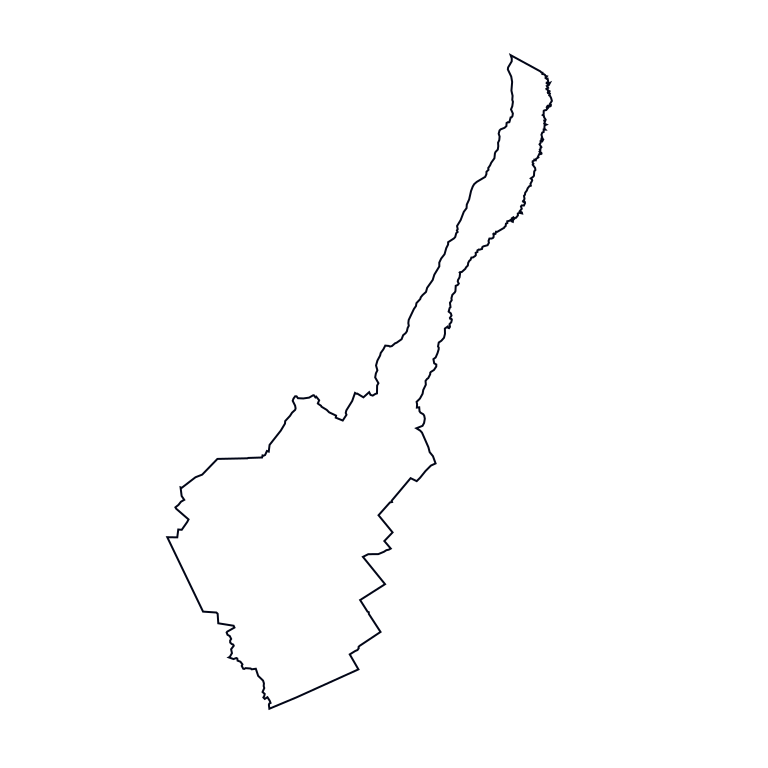 Movilita, Vrancea, Romania (Albers equal-area conic projection), rotated 71°
{"feature_id": "2599482B70514991370639", "entity_name": "Movilita", "entity_type": "district", "adm_level": 2, "iso_a3": "ROU", "parent_name": "Romania", "parent_adm1": "Vrancea", "projection": "albers", "projection_center": [27.063, 45.987], "detail": "fine", "context": "isolated", "style": "outline", "palette": "ink", "viewbox_px": 768, "rotation_deg": 71, "n_neighbors": 0, "source": "geoboundaries", "source_scale": "gbopen_adm2", "svg_char_len": 6165}
<svg xmlns="http://www.w3.org/2000/svg" viewBox="0 0 768 768"><g transform="rotate(71 384 384)"><path d="M541.8,431.2L532.6,434.8L527.1,424.2L506.3,431.9L497.9,416.9L498.2,414.8L497.0,414.8L496.4,414.0L481.7,389.5L486.5,384.7L484.4,380.4L479.8,373.1L476.4,366.2L475.9,361.1L468.2,361.2L463.3,363.0L458.3,362.6L442.3,363.9L439.8,365.0L436.4,367.8L436.1,361.2L433.9,358.8L430.1,356.7L427.0,356.3L425.4,356.7L423.0,358.8L421.4,359.3L417.5,358.3L417.0,360.6L413.9,359.3L411.5,359.0L409.5,354.8L405.8,350.7L402.4,348.8L398.3,344.7L394.6,343.7L393.2,341.6L392.9,340.3L389.9,337.2L388.4,336.6L387.9,335.9L387.0,332.2L384.5,328.9L382.6,328.2L380.8,329.8L376.6,329.2L375.7,326.5L372.3,323.4L369.0,321.0L367.4,320.4L366.1,320.7L362.6,318.7L361.8,315.7L359.8,312.2L356.4,310.0L351.4,308.4L350.4,305.1L351.9,305.0L352.4,304.3L351.4,303.0L348.8,302.6L347.5,300.3L345.3,298.9L344.5,299.0L343.8,300.2L343.0,300.2L341.3,297.9L339.0,297.8L336.6,299.3L333.5,297.2L333.0,296.1L328.7,295.2L326.8,292.7L324.8,292.3L321.9,290.3L320.4,287.2L319.4,286.2L314.5,284.2L314.4,282.2L313.4,280.6L311.1,280.9L309.8,280.2L307.7,277.8L304.1,276.0L303.2,276.2L303.0,275.7L303.4,274.0L301.5,269.5L300.5,268.6L299.3,266.2L296.8,264.9L295.3,263.2L294.8,261.8L292.9,260.2L293.3,258.7L292.6,256.0L292.0,255.2L289.8,254.6L289.6,252.7L288.1,252.2L287.7,250.6L288.1,250.0L288.2,247.3L286.7,246.6L286.2,245.3L286.5,240.9L284.6,238.8L282.8,238.6L280.8,237.0L281.5,234.8L281.4,233.5L280.8,232.6L278.4,231.6L277.8,231.8L277.5,231.1L278.3,230.4L278.3,229.7L276.5,228.5L277.0,227.4L275.4,219.5L274.8,219.0L274.3,217.6L272.1,216.5L272.0,215.0L270.3,214.5L270.5,212.3L270.0,210.6L271.6,210.5L272.6,209.4L271.5,208.8L268.9,209.0L268.5,207.4L270.2,207.0L269.6,205.8L269.8,205.0L268.2,202.5L266.4,202.0L266.2,200.3L267.7,197.9L266.7,197.8L264.8,199.4L263.2,196.7L260.7,196.7L260.0,195.6L260.8,193.6L258.8,191.7L257.6,191.6L257.2,191.9L257.2,192.9L256.4,193.1L255.5,191.5L254.4,190.8L251.7,190.4L250.9,189.1L249.1,188.2L247.6,186.0L245.7,184.4L244.3,182.2L244.3,180.6L242.5,180.4L239.8,177.6L238.8,177.5L237.4,178.3L236.6,175.5L235.9,174.4L231.8,172.7L231.0,171.2L228.9,170.8L225.1,172.0L224.4,171.0L223.1,171.4L221.8,170.9L221.6,169.2L220.8,168.8L221.1,168.0L221.6,168.2L221.9,167.7L220.6,166.8L220.0,164.3L219.3,164.5L216.7,161.9L217.7,160.9L217.5,160.1L216.5,160.0L214.8,161.2L214.1,160.2L213.0,160.3L212.6,159.3L211.4,158.9L211.2,158.1L208.0,158.9L206.9,157.3L205.3,156.9L205.3,156.4L206.1,155.4L204.6,153.8L203.9,154.1L204.0,155.6L202.9,155.0L202.7,154.2L199.6,154.0L197.8,152.5L197.7,151.0L195.4,150.2L196.0,148.6L194.6,149.2L191.7,147.9L191.6,146.0L189.9,147.7L188.8,146.7L187.3,146.7L187.7,145.9L186.7,145.1L184.0,145.8L182.7,145.5L181.4,146.4L180.9,145.2L177.8,144.1L177.5,143.4L177.8,141.5L176.4,139.1L176.1,139.1L176.0,140.0L175.4,140.1L174.4,139.0L174.2,138.3L174.6,137.6L175.6,137.9L175.5,136.0L174.5,135.3L173.3,136.0L171.0,133.1L168.1,132.9L165.7,133.2L164.9,133.8L163.6,132.7L162.4,134.2L161.9,134.2L161.7,132.5L161.1,132.1L160.6,132.6L160.6,133.6L158.6,133.3L158.2,134.4L157.8,134.4L157.4,132.4L155.3,133.0L155.1,131.0L153.4,129.2L153.7,131.5L152.6,132.3L152.0,132.0L152.2,130.4L148.6,129.9L148.5,130.8L147.2,131.6L146.1,129.8L145.2,131.1L144.3,131.1L143.2,131.9L142.5,133.3L141.3,132.8L140.8,133.7L139.3,134.4L114.3,157.2L117.7,157.2L120.5,158.2L125.1,163.6L126.9,164.5L134.7,163.6L140.1,164.5L148.1,168.0L153.4,168.6L157.1,170.2L159.1,170.2L163.2,172.3L165.7,174.5L170.2,174.1L172.5,175.3L173.4,176.6L173.2,177.5L177.1,180.1L177.3,180.8L176.8,181.5L177.1,183.1L180.0,184.3L181.0,186.6L181.2,190.8L181.9,192.2L184.7,194.1L187.6,194.1L190.9,195.6L193.0,197.6L196.3,198.5L199.4,200.1L200.9,203.0L202.0,204.0L206.5,206.1L209.7,210.6L211.8,212.5L213.7,215.1L215.5,215.5L216.7,218.0L219.0,218.9L221.1,220.9L223.1,230.5L224.4,233.7L226.2,235.8L229.9,238.9L237.2,243.4L241.3,247.3L244.6,248.7L247.2,252.5L254.0,258.2L258.4,263.5L261.6,263.9L262.5,265.1L264.2,264.9L264.9,266.6L268.2,268.8L269.1,270.4L270.8,277.2L273.0,278.0L275.8,280.9L281.0,284.5L284.0,289.1L287.2,292.2L290.8,293.4L297.0,300.8L301.5,304.1L307.1,311.9L310.6,314.3L312.5,318.6L314.0,321.0L315.5,322.1L318.1,327.0L320.7,328.4L322.8,331.3L331.5,339.8L334.4,341.2L337.0,341.6L338.7,343.4L341.6,345.2L342.9,346.9L344.1,350.0L347.4,352.8L349.1,358.7L349.1,360.2L350.7,364.2L350.5,366.2L349.6,367.0L348.1,370.3L351.0,373.3L353.6,377.0L355.8,378.4L359.7,382.6L363.9,385.5L368.9,385.8L371.3,388.2L374.9,390.2L381.4,389.0L383.2,391.0L390.6,393.7L390.6,395.6L391.3,398.4L389.9,400.3L386.9,400.7L389.9,407.8L384.4,412.4L384.2,413.3L383.0,414.3L389.7,419.6L396.7,428.2L398.9,429.6L400.9,429.5L405.1,434.9L400.1,440.6L398.3,439.6L392.9,445.1L389.8,446.6L385.1,450.5L384.1,450.6L381.3,452.7L380.8,452.9L378.3,450.6L373.9,452.2L374.3,453.2L371.8,454.0L371.6,454.7L372.5,459.2L371.4,465.0L369.4,470.0L367.2,470.7L366.7,472.0L368.3,474.3L370.2,475.8L375.5,475.1L378.2,475.5L379.5,476.4L381.2,480.3L383.5,483.2L386.9,489.5L389.2,490.5L394.5,496.8L404.3,512.0L410.4,515.0L409.2,516.5L412.4,519.5L412.6,521.3L412.0,522.1L413.8,523.2L409.7,536.5L409.8,537.3L400.6,565.9L410.5,585.4L410.8,592.6L416.3,609.0L415.5,610.0L424.0,611.8L428.5,610.6L429.2,614.3L431.4,617.7L432.7,621.4L434.3,621.1L448.4,612.9L450.4,615.0L456.0,622.7L454.6,625.9L461.7,629.4L458.3,638.8L540.3,629.2L545.5,616.9L547.1,616.1L556.3,618.6L563.6,604.9L565.6,604.7L567.1,612.8L567.7,613.7L570.2,613.6L572.1,611.9L575.3,611.5L576.5,613.0L578.4,613.6L580.2,612.7L581.3,611.4L582.6,611.3L585.0,614.9L589.0,615.4L591.8,618.6L592.0,619.7L595.1,615.8L595.0,612.9L595.8,612.1L597.9,612.5L599.8,610.2L603.0,609.1L604.2,610.3L607.4,609.8L607.9,608.9L607.6,607.4L609.6,602.7L610.7,602.0L611.5,597.9L619.0,598.0L625.1,594.9L628.0,595.0L630.4,596.1L632.5,596.2L635.7,599.1L638.2,597.7L639.9,598.7L641.1,600.1L642.9,599.3L642.2,596.2L646.2,595.2L648.6,595.1L648.8,596.5L649.9,597.3L653.7,598.1L651.8,568.6L645.5,501.1L628.5,504.4L627.1,498.2L626.9,495.7L625.7,494.0L624.4,493.7L623.7,492.5L617.3,468.0L596.5,473.2L594.8,472.7L593.9,473.7L580.5,476.9L573.6,448.2L540.6,460.2L539.8,454.3L543.0,444.7L542.6,438.6L541.9,435.8L542.2,433.5L541.8,431.2Z" fill="none" stroke="#020617" stroke-width="2"/></g></svg>